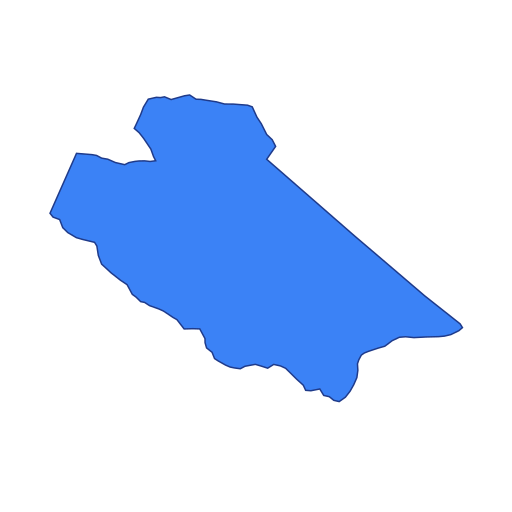 the district of Centenário do Sul, Paraná, Brazil, rotated 131°
{"feature_id": "56859067B19755192038958", "entity_name": "Centenário do Sul", "entity_type": "district", "adm_level": 2, "iso_a3": "BRA", "parent_name": "Brazil", "parent_adm1": "Paraná", "projection": "natural_earth1", "projection_center": [-51.549, -22.794], "detail": "fine", "context": "isolated", "style": "filled", "palette": "blue", "viewbox_px": 512, "rotation_deg": 131, "n_neighbors": 0, "source": "geoboundaries", "source_scale": "gbopen_adm2", "svg_char_len": 1641}
<svg xmlns="http://www.w3.org/2000/svg" viewBox="0 0 512 512"><g transform="rotate(131 256 256)"><path d="M174.6,53.2L173.3,57.4L175.4,102.7L175.8,152.1L176.2,195.3L176.0,311.4L160.4,313.1L157.6,320.1L157.3,327.6L152.7,338.8L150.6,346.4L145.9,356.7L147.7,361.3L156.1,372.6L161.9,379.4L165.6,387.0L171.2,395.9L173.9,400.3L177.0,404.1L178.0,411.7L181.9,415.0L193.6,422.7L195.9,429.5L199.1,432.0L201.6,435.3L208.3,440.2L217.5,438.6L225.0,435.8L235.6,432.7L239.6,431.6L239.6,425.0L241.0,417.8L244.3,405.5L248.2,398.5L249.9,394.2L254.1,397.9L257.3,402.5L261.1,406.7L264.0,409.4L268.9,413.2L273.2,415.0L277.7,423.4L280.2,431.4L283.4,436.7L284.7,442.3L287.1,446.3L296.3,458.8L358.9,439.5L359.8,434.7L357.3,428.1L361.4,420.4L361.8,413.4L360.0,403.6L357.4,398.0L351.6,386.8L352.9,382.6L359.0,375.4L363.4,367.2L363.8,354.3L363.2,342.2L362.2,334.5L366.1,324.2L365.7,319.7L366.1,313.1L364.1,309.6L363.3,303.8L359.7,294.6L358.3,289.9L356.8,278.3L355.9,273.9L358.2,262.4L352.4,256.1L347.9,250.6L351.8,240.3L354.9,237.5L357.8,233.0L357.5,226.0L360.6,220.0L360.0,215.6L358.3,207.4L356.8,202.7L354.6,198.8L351.4,193.9L346.5,192.0L343.2,189.4L338.2,185.4L335.6,179.7L333.0,173.6L326.2,171.5L322.9,165.4L321.3,159.9L322.3,144.4L322.5,135.5L324.8,130.4L321.7,126.2L314.5,120.6L316.8,113.4L314.1,108.4L313.9,102.6L311.3,97.7L303.9,95.9L296.3,96.3L289.0,97.8L281.6,100.1L275.5,104.1L270.8,108.7L266.9,110.3L261.7,111.5L258.1,110.6L254.4,108.7L250.3,106.3L245.1,103.2L239.6,99.6L234.5,98.5L230.6,97.7L223.3,94.5L218.8,90.1L214.0,83.3L205.7,74.7L197.0,65.2L192.8,61.2L187.5,57.4L179.3,53.9L174.6,53.2Z" fill="#3b82f6" stroke="#1e3a8a" stroke-width="1.5"/></g></svg>